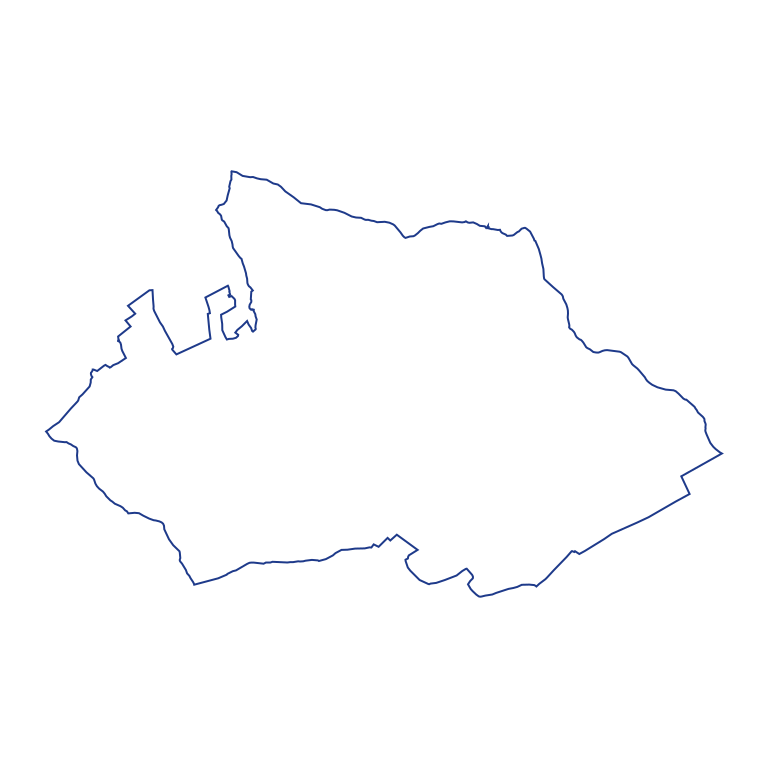 Osesti, Vaslui, Romania
{"feature_id": "2599482B5127091707181", "entity_name": "Osesti", "entity_type": "district", "adm_level": 2, "iso_a3": "ROU", "parent_name": "Romania", "parent_adm1": "Vaslui", "projection": "equal_earth", "projection_center": [27.44, 46.771], "detail": "fine", "context": "isolated", "style": "outline", "palette": "blue", "viewbox_px": 768, "rotation_deg": 0, "n_neighbors": 0, "source": "geoboundaries", "source_scale": "gbopen_adm2", "svg_char_len": 6071}
<svg xmlns="http://www.w3.org/2000/svg" viewBox="0 0 768 768"><path d="M689.6,494.0L681.3,476.3L721.9,453.5L719.8,452.3L715.7,449.1L713.3,446.8L710.3,442.9L706.6,434.5L705.5,431.6L705.3,430.4L705.6,428.1L705.4,427.4L705.7,424.7L705.5,423.6L704.5,421.1L704.4,419.1L704.1,418.5L702.9,416.9L698.0,412.5L696.6,409.9L695.4,408.4L694.9,407.3L694.2,406.5L686.4,399.7L685.4,399.7L683.4,398.6L678.5,393.6L675.7,391.2L673.5,390.3L665.6,389.6L657.5,387.3L652.2,384.8L649.4,382.8L647.3,381.0L646.0,379.3L644.9,377.3L639.0,370.3L637.3,368.5L633.3,365.3L632.0,364.0L628.5,357.9L627.4,356.5L621.0,352.2L619.6,351.7L607.1,350.1L604.8,350.3L602.5,350.9L599.6,352.2L598.2,352.6L596.0,352.5L593.3,352.0L589.9,349.3L587.4,348.1L586.2,347.2L583.3,342.5L581.8,340.7L580.8,339.8L579.5,339.4L576.8,337.3L575.7,335.6L574.8,333.3L573.9,331.8L571.9,329.7L570.1,328.7L569.3,327.6L569.1,327.1L569.4,326.1L569.2,324.4L567.9,318.9L567.7,317.3L568.0,313.6L567.9,310.6L567.4,308.0L566.3,304.4L563.3,298.7L562.9,296.6L562.4,295.5L561.6,294.4L553.1,287.1L544.5,279.3L544.1,278.5L543.8,276.3L543.4,269.0L542.1,263.3L541.4,258.6L540.5,255.1L538.8,249.0L535.8,242.0L535.4,241.0L534.4,240.5L533.9,238.8L530.1,231.6L526.4,228.6L525.2,227.9L524.3,227.9L521.6,228.7L518.8,231.5L517.5,232.0L513.7,235.0L512.4,235.5L507.1,235.9L505.8,234.6L502.4,233.1L501.3,232.2L500.4,230.9L500.0,229.8L497.9,230.0L492.8,229.1L491.4,229.1L488.8,228.4L488.7,227.5L487.8,227.9L487.9,226.0L487.4,226.8L486.1,227.9L484.8,226.3L479.8,225.8L476.9,224.0L473.2,222.4L469.3,222.8L467.6,222.4L466.1,221.4L465.5,221.4L464.8,222.0L462.1,222.4L453.5,221.4L449.8,221.3L445.4,222.4L441.4,223.8L439.2,223.5L437.5,224.1L433.3,226.2L429.4,226.9L423.1,228.5L420.2,230.8L417.9,233.1L414.9,235.5L413.5,236.2L409.8,236.5L405.5,237.9L404.3,237.2L402.8,235.7L400.5,232.4L394.7,225.5L393.2,224.4L389.4,222.7L384.8,221.8L377.1,222.2L373.8,221.0L371.4,220.7L368.2,219.8L365.9,219.9L364.5,219.5L361.1,217.8L356.0,217.5L351.7,216.5L344.4,212.8L337.2,210.3L334.2,209.8L329.6,209.6L327.2,210.2L325.7,210.1L322.2,208.8L319.8,207.2L311.0,204.4L301.0,203.2L293.7,197.3L285.3,191.4L281.0,186.8L277.8,184.5L273.3,183.5L266.7,179.7L260.7,179.2L257.1,178.4L253.0,177.0L250.2,177.2L242.6,175.9L236.6,172.2L231.6,171.3L231.4,171.6L231.6,174.3L231.3,175.8L231.4,179.6L230.5,181.1L229.2,186.8L229.7,188.2L227.7,195.4L226.6,200.5L223.8,204.0L221.4,204.8L219.6,205.2L218.7,205.8L218.0,207.4L216.1,210.0L217.4,211.4L218.0,212.7L220.1,214.4L221.1,215.8L221.8,219.6L222.3,220.3L224.2,221.6L226.8,226.3L228.5,228.1L228.8,229.5L229.4,235.2L230.0,237.6L231.7,241.1L232.5,244.5L232.7,246.6L233.1,248.1L238.7,256.0L240.4,258.0L241.5,258.8L242.8,263.5L244.0,266.5L246.0,273.3L246.3,275.6L247.1,278.6L247.4,283.0L247.9,284.5L248.9,286.2L250.4,287.4L252.8,290.5L251.3,291.6L250.8,299.4L251.3,300.1L251.3,301.9L249.7,304.7L249.3,306.8L249.6,308.3L251.0,309.7L252.2,309.8L252.3,309.3L253.8,309.7L253.7,311.1L255.3,314.2L255.6,316.4L256.7,319.5L255.6,325.1L255.4,327.4L255.7,328.5L255.6,329.4L253.0,331.6L252.1,330.9L251.1,328.0L248.6,324.5L247.1,321.0L241.9,326.2L237.4,329.9L235.3,332.6L238.2,334.8L238.0,336.0L236.0,337.8L232.9,338.7L228.9,338.9L226.9,339.5L225.5,337.2L222.3,330.2L222.2,323.9L221.2,317.1L221.1,314.7L227.1,311.7L235.3,306.5L235.1,304.6L235.1,300.2L234.4,298.8L231.6,296.1L229.2,296.9L228.4,295.3L230.1,294.4L229.3,291.7L229.6,291.2L228.3,286.4L227.9,285.7L205.4,297.5L208.5,306.8L209.4,310.1L209.9,313.2L207.8,313.9L209.3,329.8L210.5,338.7L176.4,354.4L172.4,349.8L172.1,349.2L172.2,348.8L172.8,348.3L173.3,346.7L172.3,344.0L164.9,330.8L162.9,326.5L160.0,322.4L154.2,311.0L153.5,308.8L153.6,306.4L153.0,299.3L152.5,290.1L149.4,290.3L128.0,305.8L135.2,313.7L131.8,316.4L125.5,320.4L130.6,326.5L118.1,336.5L118.4,338.8L119.0,340.4L118.6,340.9L118.1,340.8L118.1,341.1L119.3,341.6L120.3,342.6L121.0,344.7L121.5,348.7L122.3,351.0L125.9,358.0L118.1,363.2L113.3,365.1L110.7,367.2L109.7,367.6L109.0,366.9L107.4,366.2L105.5,364.9L104.0,365.7L97.2,371.0L93.4,369.5L92.7,369.5L92.7,370.2L91.8,371.8L91.0,372.7L90.9,373.9L91.4,375.8L92.4,377.1L90.8,379.5L90.7,382.6L89.6,386.5L82.5,394.4L79.2,397.3L78.2,400.5L77.4,401.6L70.9,408.5L59.1,422.2L53.2,426.1L48.8,429.7L46.1,431.5L47.9,433.7L49.4,436.2L51.5,438.6L54.2,440.7L58.2,441.5L64.8,442.2L66.6,442.1L68.5,443.4L70.9,444.4L73.2,446.0L75.8,447.2L76.6,448.0L77.0,448.9L77.4,451.1L77.0,455.4L77.5,460.7L78.9,464.1L86.4,472.3L93.3,478.3L94.0,479.4L95.4,483.6L96.9,486.2L99.2,488.7L103.0,491.6L104.7,493.7L106.3,496.3L110.3,500.3L112.3,501.6L114.8,503.7L120.5,506.2L122.8,507.7L125.2,510.4L126.9,511.3L128.3,513.4L134.7,512.8L139.0,513.2L143.3,515.7L149.2,518.6L153.6,520.2L155.8,520.5L159.4,521.4L161.6,522.4L163.1,523.7L164.0,525.7L164.3,529.3L169.0,539.3L173.2,545.2L179.5,551.3L179.8,552.7L180.3,558.1L179.8,559.5L179.8,560.7L180.3,561.6L182.0,563.6L185.9,570.0L187.1,573.4L189.3,575.8L190.6,578.3L193.0,581.9L193.9,583.6L194.2,584.7L218.2,578.3L226.7,574.7L227.4,573.9L232.8,571.2L236.0,570.4L247.3,563.8L249.5,562.8L251.2,562.6L253.8,562.6L263.6,563.7L266.0,562.5L270.4,562.5L272.5,561.8L287.5,562.5L290.4,562.1L293.3,562.1L298.2,561.3L300.0,561.5L303.2,561.3L305.5,560.7L311.9,559.9L317.9,560.4L318.9,561.0L325.9,559.1L332.9,555.4L335.5,553.1L341.5,549.9L347.5,549.7L355.1,548.6L364.7,548.4L369.4,547.4L371.4,547.5L373.7,544.4L378.6,546.8L387.6,537.9L390.3,540.5L396.8,534.7L417.6,549.9L408.8,555.4L408.1,556.9L407.9,558.5L405.5,559.7L405.6,561.0L407.8,567.5L410.3,570.7L419.6,580.0L428.3,584.0L429.2,584.2L430.5,583.6L436.2,582.9L444.9,580.0L456.6,575.5L462.3,571.0L465.8,568.9L466.7,568.7L472.0,574.7L472.5,575.5L473.0,577.0L472.8,578.4L470.2,581.0L468.0,584.3L470.7,589.0L472.6,591.1L476.3,594.6L478.8,596.4L480.2,596.7L481.7,596.5L485.3,595.6L492.3,594.5L496.2,592.9L508.5,588.9L513.3,588.0L517.3,586.9L521.8,584.8L529.3,584.6L534.3,585.1L535.7,585.9L536.4,586.5L539.3,583.8L545.4,579.2L547.0,577.6L553.8,570.2L566.6,557.0L571.5,551.4L572.0,551.1L574.3,552.0L575.0,551.2L579.3,554.0L584.8,551.0L604.1,539.1L611.8,533.8L637.3,522.5L648.6,517.2L675.8,501.5L689.6,494.0Z" fill="none" stroke="#1e3a8a" stroke-width="2"/></svg>